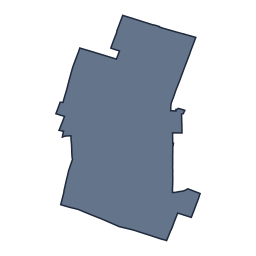 Calarasi, Dolj, Romania
{"feature_id": "2599482B69375294543440", "entity_name": "Calarasi", "entity_type": "district", "adm_level": 2, "iso_a3": "ROU", "parent_name": "Romania", "parent_adm1": "Dolj", "projection": "robinson", "projection_center": [24.031, 43.789], "detail": "fine", "context": "isolated", "style": "filled", "palette": "slate", "viewbox_px": 256, "rotation_deg": 0, "n_neighbors": 0, "source": "geoboundaries", "source_scale": "gbopen_adm2", "svg_char_len": 3238}
<svg xmlns="http://www.w3.org/2000/svg" viewBox="0 0 256 256"><path d="M60.7,204.7L69.2,207.2L77.8,209.3L86.5,212.9L90.9,214.7L91.1,214.8L91.9,215.1L100.0,218.3L111.0,223.0L118.5,226.3L119.1,226.6L132.5,229.8L134.0,230.2L140.0,232.2L148.9,235.0L161.0,239.0L165.6,240.2L166.6,240.6L169.2,234.3L169.4,233.8L169.6,233.3L169.8,232.9L169.9,232.7L170.0,232.3L170.2,231.8L170.4,231.4L170.5,230.9L170.5,230.7L171.0,230.1L171.1,229.9L171.3,229.5L171.3,229.3L171.5,229.1L171.7,228.6L172.1,227.7L172.3,227.2L172.4,226.9L172.6,226.4L172.7,226.0L172.9,225.5L173.1,225.0L173.3,224.5L173.4,224.1L173.6,223.6L173.7,223.2L174.0,222.4L177.0,214.8L177.7,213.1L178.7,213.4L179.7,213.7L180.6,214.0L181.6,214.3L182.6,214.6L183.6,215.0L184.7,215.3L185.7,215.6L187.9,216.3L188.9,216.6L190.0,217.0L191.3,217.4L195.1,207.5L197.6,200.9L198.4,198.8L199.3,196.0L200.1,193.5L187.8,188.8L185.3,190.2L183.6,190.9L181.1,191.3L178.1,191.8L175.8,192.3L173.4,192.5L172.5,192.5L172.5,187.5L172.6,186.7L172.7,184.3L172.7,181.8L172.8,179.3L172.7,174.0L172.8,171.4L172.6,167.2L172.7,165.4L172.7,161.6L172.7,156.5L172.7,154.5L172.8,151.7L172.8,149.0L172.8,148.6L172.8,148.1L172.8,147.6L172.8,147.2L172.8,146.3L172.8,145.5L173.2,145.5L173.5,143.2L172.7,143.2L172.7,139.3L172.6,135.9L172.6,133.7L172.6,132.9L178.1,132.9L179.3,132.9L182.0,133.0L181.9,126.1L181.9,125.2L181.9,123.9L181.8,123.0L181.7,122.2L181.7,121.3L181.7,118.9L181.6,115.1L181.6,114.1L182.7,113.8L183.4,113.6L183.4,113.4L184.1,111.8L184.8,110.3L183.5,109.9L181.9,109.4L180.2,108.9L178.3,108.4L178.2,108.4L178.0,108.6L177.8,108.7L177.7,108.9L177.3,109.1L176.9,109.4L176.6,109.5L176.3,109.5L175.9,109.5L176.0,110.0L176.1,110.6L176.1,110.8L176.0,111.0L175.9,111.0L175.5,111.1L175.4,111.1L175.2,111.0L175.0,110.9L174.6,110.9L170.7,110.7L170.8,107.1L170.9,105.8L171.2,103.2L174.1,95.4L176.2,89.3L179.3,81.6L181.2,76.4L184.2,68.3L188.2,57.8L188.5,57.0L189.3,55.0L189.9,53.3L190.8,50.6L195.8,37.4L187.7,35.1L177.0,32.2L171.1,30.5L167.9,29.6L162.7,28.1L159.4,27.0L159.5,26.8L159.5,26.6L155.7,25.4L153.9,24.9L153.3,25.0L134.1,18.9L125.8,16.3L122.7,15.4L122.7,15.5L120.5,21.2L118.7,26.1L117.8,28.4L116.9,30.7L116.8,32.1L115.3,36.1L113.8,39.9L111.4,46.4L110.8,48.1L111.2,48.3L116.4,50.0L119.5,50.9L118.8,52.8L117.6,56.0L116.4,59.1L101.1,54.4L88.9,50.7L83.4,49.1L79.8,48.0L78.6,51.7L77.9,53.4L73.4,65.3L72.2,69.0L70.5,75.1L70.0,76.9L68.1,84.1L66.7,89.6L64.2,98.0L63.3,101.3L63.0,102.4L62.9,102.4L62.5,102.4L61.6,102.3L60.2,102.2L57.6,109.2L55.9,113.7L55.9,113.8L57.9,114.3L59.9,115.0L62.9,115.9L64.5,116.4L64.2,117.2L63.4,119.3L63.2,119.7L62.8,120.8L62.6,121.5L61.7,123.6L60.7,126.2L60.1,127.7L59.1,130.1L59.0,130.3L60.1,130.5L61.0,130.7L62.3,131.1L63.4,131.2L63.5,131.2L63.4,131.5L63.3,132.3L62.7,134.8L62.6,135.5L62.6,135.8L62.5,136.2L62.3,137.1L63.0,136.9L63.7,136.6L64.5,136.3L64.8,136.2L65.7,136.1L67.4,135.9L68.9,135.9L70.9,135.8L71.0,137.9L71.1,140.2L71.3,141.9L71.5,144.2L71.7,148.8L71.7,150.2L71.8,153.1L71.9,154.3L72.0,155.9L72.0,156.9L72.5,159.2L72.3,159.8L72.1,160.5L71.5,162.2L70.7,164.5L70.0,166.6L69.5,168.1L69.1,169.3L68.7,170.4L67.6,175.2L67.0,177.6L66.3,180.4L64.8,187.2L64.1,190.1L63.8,192.6L63.7,193.0L63.6,193.3L63.5,193.8L63.3,194.7L60.7,204.7Z" fill="#64748b" stroke="#1e293b" stroke-width="1.5"/></svg>